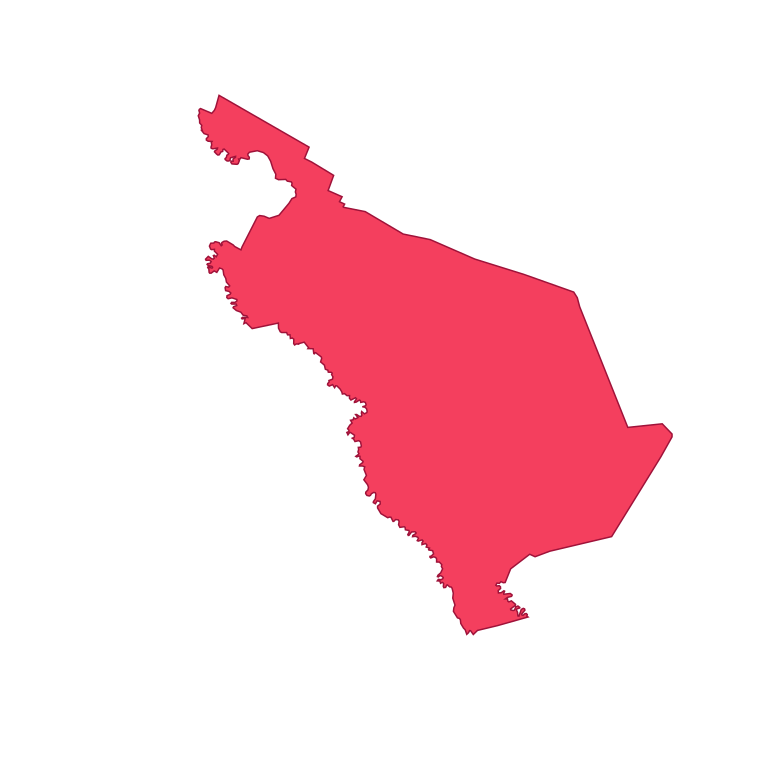 Nitchidorf, Timis, Romania, rotated 25°
{"feature_id": "2599482B42012307395467", "entity_name": "Nitchidorf", "entity_type": "district", "adm_level": 2, "iso_a3": "ROU", "parent_name": "Romania", "parent_adm1": "Timis", "projection": "robinson", "projection_center": [21.512, 45.567], "detail": "fine", "context": "isolated", "style": "filled", "palette": "rose", "viewbox_px": 768, "rotation_deg": 25, "n_neighbors": 0, "source": "geoboundaries", "source_scale": "gbopen_adm2", "svg_char_len": 6170}
<svg xmlns="http://www.w3.org/2000/svg" viewBox="0 0 768 768"><g transform="rotate(25 384 384)"><path d="M564.8,575.9L565.7,573.7L565.8,571.3L566.7,571.0L570.8,573.3L572.9,567.8L589.0,555.0L613.0,534.3L611.6,534.0L611.3,532.4L610.0,531.9L608.8,532.6L607.8,534.9L606.5,535.0L606.0,534.3L607.3,529.4L606.4,528.4L605.0,528.5L603.7,530.3L604.4,537.4L603.3,537.6L601.6,534.6L599.4,532.7L599.5,531.7L601.6,529.7L601.5,529.1L599.2,528.6L597.6,530.2L597.8,533.8L596.8,534.7L594.5,535.2L593.8,534.5L596.5,529.3L596.3,528.1L591.1,526.7L589.2,528.7L588.2,528.6L586.7,526.6L584.9,527.4L586.3,525.0L589.2,522.7L589.5,521.7L589.1,520.9L586.9,520.5L581.5,523.9L580.9,523.2L580.9,520.8L580.1,520.7L578.4,523.6L576.0,525.0L574.8,523.0L576.1,520.1L575.2,518.5L573.7,518.1L571.6,519.4L570.4,519.1L570.5,516.7L572.8,515.9L573.5,513.7L576.1,513.7L577.7,512.7L576.9,498.0L587.6,477.5L588.1,476.7L593.9,476.7L604.9,465.5L654.8,426.1L665.7,333.0L667.4,310.2L666.2,307.6L653.0,302.5L623.3,320.3L528.7,231.3L522.7,224.1L517.1,220.5L464.0,225.6L413.5,232.4L364.9,233.6L338.0,240.0L294.1,235.7L272.9,240.9L272.1,240.7L272.3,237.6L266.6,237.6L266.9,232.0L251.6,232.3L250.2,216.2L224.7,213.4L216.6,213.2L216.0,201.0L112.5,192.1L114.6,204.6L114.6,207.7L113.5,211.5L101.3,211.9L100.6,213.1L100.6,214.2L102.4,216.4L102.3,219.4L105.2,222.5L106.6,225.3L109.5,226.6L110.0,228.8L112.3,231.2L111.7,231.4L115.1,233.1L119.3,232.6L120.2,234.0L119.3,236.7L119.9,238.0L122.0,238.3L125.6,236.9L125.4,238.0L126.8,240.1L127.1,242.5L127.8,243.4L129.5,243.2L133.4,240.5L133.7,241.7L132.2,244.2L132.2,245.2L135.2,246.4L136.7,246.7L137.8,245.9L138.2,242.5L139.5,241.4L138.9,239.5L139.8,238.6L145.8,240.7L145.8,241.8L144.9,243.0L145.4,245.4L144.7,246.9L145.2,247.7L147.6,248.2L149.1,247.5L149.8,246.6L149.3,243.8L153.3,240.4L153.6,241.3L152.1,243.9L153.1,245.8L151.2,246.7L151.6,247.9L153.2,248.8L158.0,247.0L158.7,245.9L158.5,242.6L157.2,241.6L158.6,240.7L158.7,239.3L165.3,238.0L166.7,237.0L166.1,235.4L164.2,234.5L163.4,233.2L164.1,230.8L170.6,226.1L176.9,225.2L182.2,226.4L187.1,230.0L192.4,235.8L197.3,239.6L198.7,243.4L202.1,243.4L208.5,240.1L210.6,241.0L214.6,240.0L215.8,240.9L216.4,243.2L221.9,244.6L222.5,247.4L224.2,249.2L225.0,251.7L222.2,254.9L221.5,260.4L217.5,275.5L210.0,282.4L204.4,282.6L200.1,283.9L198.6,286.1L197.4,319.8L197.7,322.9L190.6,322.5L188.6,321.7L181.0,320.9L178.7,322.2L177.4,324.1L177.2,325.0L178.6,326.3L178.0,327.5L174.9,325.6L171.3,326.2L170.4,326.9L170.2,328.2L167.5,329.6L167.5,332.8L169.9,335.0L170.9,335.1L173.4,333.6L174.1,335.2L178.4,336.8L178.2,339.6L175.7,339.0L175.1,339.7L177.0,341.7L176.6,342.9L174.9,343.3L170.8,342.6L169.5,346.3L170.5,347.1L173.4,345.6L175.6,346.0L175.5,347.9L173.2,349.6L173.1,350.4L174.6,350.9L178.4,350.1L179.3,350.6L179.4,351.3L178.7,351.8L175.0,352.1L175.0,353.0L176.6,353.7L178.3,356.7L179.1,357.2L180.5,356.6L182.3,353.3L185.3,353.5L185.9,348.4L188.5,348.1L190.0,348.7L192.6,352.7L196.0,355.2L198.1,358.2L202.7,360.3L202.2,361.9L199.4,362.5L199.3,363.9L201.0,366.3L204.5,365.6L206.7,366.3L206.6,367.7L204.4,370.3L205.0,372.1L206.7,372.6L209.8,370.2L214.9,369.6L215.6,370.8L215.0,372.1L214.3,373.1L211.5,374.3L211.2,375.6L212.2,375.9L216.3,374.0L217.4,375.1L215.0,377.5L215.0,378.7L219.1,379.8L223.9,379.4L227.3,381.2L230.9,380.2L232.4,381.3L227.7,383.3L227.1,384.5L227.9,385.0L230.5,383.3L231.5,388.5L233.0,386.7L241.1,389.5L262.5,373.4L264.8,378.0L267.9,380.5L269.5,380.6L274.0,378.5L275.8,380.2L278.1,379.2L279.9,382.3L281.4,381.1L283.3,381.5L285.1,385.6L286.5,386.4L287.6,384.7L289.7,384.0L289.5,383.6L294.0,379.8L300.3,383.0L300.1,384.1L304.9,382.0L307.5,386.1L308.2,386.0L308.2,384.8L308.9,384.5L315.8,386.0L316.7,387.2L317.2,390.8L322.0,392.1L324.6,395.4L327.3,395.2L328.5,396.8L331.3,395.7L332.5,396.1L332.5,397.6L334.7,399.1L335.3,401.4L332.6,404.1L333.4,405.3L332.8,407.4L333.2,408.6L335.3,409.0L337.7,406.3L340.8,408.2L341.0,406.0L342.0,405.6L346.1,407.0L349.0,408.9L350.5,410.7L352.3,409.4L355.4,410.2L357.7,409.1L358.7,411.5L360.8,412.5L364.0,408.5L365.4,409.1L364.7,412.6L365.0,413.2L366.6,412.0L368.4,409.0L369.5,409.0L370.7,410.5L373.1,408.7L374.9,408.6L376.5,410.3L376.5,411.5L374.0,413.8L376.4,413.1L378.5,413.7L380.2,415.7L380.5,417.2L378.8,419.3L375.4,418.4L375.8,420.0L377.1,421.6L376.9,423.0L375.4,423.7L372.1,423.2L371.2,423.7L374.6,425.5L372.7,427.9L370.9,427.4L371.1,429.5L369.0,431.0L371.6,432.9L370.4,435.8L369.9,439.9L371.7,440.7L372.3,441.9L370.8,443.6L372.8,445.3L373.3,442.8L374.1,442.1L378.9,442.9L379.6,445.2L377.6,446.9L379.4,446.5L382.0,448.4L385.1,446.0L387.2,446.4L389.7,449.8L389.6,451.1L387.5,452.3L388.7,454.1L389.1,456.6L390.6,457.6L390.5,458.8L389.0,461.5L390.1,461.6L391.7,460.0L392.8,459.7L393.8,461.9L397.7,462.9L397.9,464.1L396.1,467.5L396.4,468.7L399.2,467.4L401.5,467.2L402.0,469.9L406.7,474.3L406.2,479.3L411.8,482.3L413.5,484.1L414.2,486.7L413.2,489.7L413.7,491.1L415.6,492.2L418.0,491.7L418.8,490.6L418.9,488.8L420.5,486.6L422.0,486.2L423.2,487.3L424.7,491.7L424.1,495.0L424.4,496.0L426.8,496.2L427.2,492.8L430.1,492.1L431.3,494.3L429.8,497.4L430.6,499.1L436.0,502.8L443.9,503.6L445.2,502.3L446.6,501.8L450.2,504.7L450.9,504.4L451.8,501.9L454.4,501.1L455.8,502.2L456.7,505.4L459.0,507.2L462.7,504.8L463.7,505.0L465.0,507.1L468.5,506.2L469.4,507.5L469.2,510.4L470.0,511.0L470.6,510.6L471.5,506.5L474.5,504.8L475.8,505.2L476.1,506.0L474.1,509.0L474.4,510.3L476.8,508.8L479.3,508.6L480.4,509.3L480.3,511.9L481.4,511.9L484.4,509.2L485.8,509.8L485.5,511.8L486.3,513.5L489.2,511.0L491.0,511.8L491.1,513.9L494.6,513.5L494.3,515.0L494.8,515.5L498.5,514.5L500.7,517.0L499.6,519.9L498.5,520.8L498.8,521.5L499.9,521.9L502.1,519.6L504.2,519.4L505.6,520.3L506.9,523.1L509.5,522.0L512.7,523.3L513.1,525.1L515.2,526.7L515.2,531.2L513.7,534.5L513.8,536.0L514.8,535.9L515.7,534.0L517.4,533.7L519.4,534.3L519.6,535.6L518.4,537.2L515.8,538.1L515.5,539.9L517.9,539.0L519.5,540.7L520.5,539.2L521.8,539.3L522.4,539.7L523.3,542.4L524.3,543.3L525.8,542.3L525.8,539.9L526.3,539.3L529.3,540.1L530.5,539.6L532.0,540.3L535.2,544.3L536.8,549.0L541.8,554.4L541.9,557.3L543.0,560.7L549.4,564.9L551.4,564.6L552.8,565.3L554.8,568.6L559.2,571.6L561.4,572.4L564.8,575.9Z" fill="#f43f5e" stroke="#9f1239" stroke-width="1.5"/></g></svg>